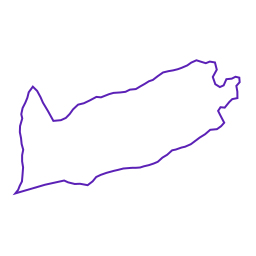 Uniflor, Paraná, Brazil, rotated 3°
{"feature_id": "56859067B30041456320197", "entity_name": "Uniflor", "entity_type": "district", "adm_level": 2, "iso_a3": "BRA", "parent_name": "Brazil", "parent_adm1": "Paraná", "projection": "natural_earth1", "projection_center": [-52.102, -23.067], "detail": "fine", "context": "isolated", "style": "outline", "palette": "violet", "viewbox_px": 256, "rotation_deg": 3, "n_neighbors": 0, "source": "geoboundaries", "source_scale": "gbopen_adm2", "svg_char_len": 1399}
<svg xmlns="http://www.w3.org/2000/svg" viewBox="0 0 256 256"><g transform="rotate(3 128 128)"><path d="M223.8,117.7L219.3,110.1L217.1,106.2L219.3,102.4L223.5,102.6L227.8,96.7L230.6,93.7L235.7,92.4L235.3,86.0L234.0,80.3L237.1,76.4L236.5,71.9L232.7,71.2L229.0,73.3L223.7,74.1L221.3,80.4L217.6,82.3L212.9,79.7L210.0,72.6L213.6,65.1L211.4,58.0L206.2,57.4L202.3,59.2L197.4,58.0L192.8,56.8L187.7,59.4L183.9,62.4L178.2,65.2L174.6,66.7L170.0,68.1L165.5,69.1L160.1,70.7L155.2,74.5L150.3,78.7L146.5,80.2L142.2,83.2L138.4,85.6L133.8,88.7L127.9,89.6L123.6,92.0L118.4,92.9L111.7,93.7L107.3,95.2L99.4,98.8L94.8,98.6L88.5,102.4L82.6,105.6L76.9,107.3L72.1,112.3L69.1,117.0L65.4,121.2L60.6,123.7L53.1,124.8L47.2,115.3L41.7,107.1L39.1,101.9L35.3,95.7L30.8,91.7L27.0,97.5L25.9,103.1L24.1,108.2L21.7,113.6L20.7,119.8L21.9,124.0L20.1,131.7L20.2,137.8L21.7,143.7L22.6,149.5L24.5,155.2L23.7,160.7L24.0,166.8L25.3,172.9L25.1,180.7L24.9,186.9L22.9,191.4L21.5,195.6L18.9,199.2L48.1,189.0L67.0,183.8L71.0,185.4L77.8,186.7L83.0,186.2L90.7,187.2L95.5,183.1L98.8,178.6L103.3,176.2L108.9,173.9L116.2,171.5L120.4,170.3L125.5,168.7L133.6,167.6L138.2,167.3L142.2,166.8L145.9,165.4L150.8,164.0L155.6,162.1L159.5,160.2L163.9,155.8L168.5,152.7L173.2,148.0L176.9,147.0L182.5,144.7L186.0,143.7L191.6,140.9L200.1,133.8L205.3,130.2L210.2,125.5L216.9,124.5L220.9,121.3L223.8,117.7Z" fill="none" stroke="#5b21b6" stroke-width="2"/></g></svg>